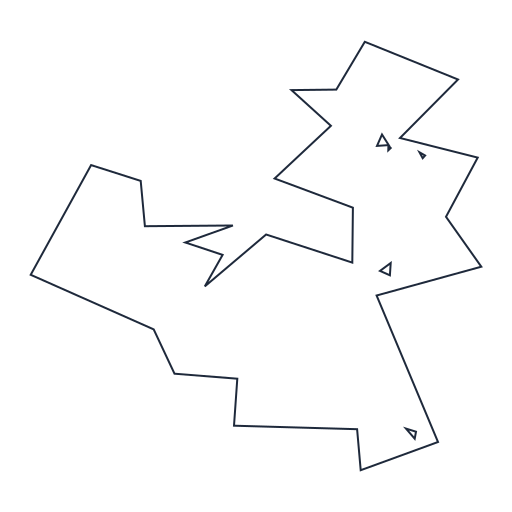 the border of Oromiya, rotated 90°
{"feature_id": "ETH-3131", "entity_name": "Oromiya", "entity_type": "Administrative State", "adm_level": 1, "iso_a3": "ETH", "parent_name": "Ethiopia", "parent_adm1": "", "projection": "equal_earth", "projection_center": [38.367, 6.948], "detail": "coarse", "context": "isolated", "style": "outline", "palette": "slate", "viewbox_px": 512, "rotation_deg": 90, "n_neighbors": 0, "source": "natural_earth", "source_scale": "10m", "svg_char_len": 754}
<svg xmlns="http://www.w3.org/2000/svg" viewBox="0 0 512 512"><g transform="rotate(90 256 256)"><path d="M41.8,147.2L79.5,54.0L138.0,112.0L157.6,34.3L216.8,66.0L266.7,30.7L295.5,135.4L442.0,74.0L470.2,151.3L429.2,154.9L425.7,278.0L378.7,274.7L373.7,337.5L329.4,358.3L274.8,481.3L165.1,420.9L180.9,371.3L226.2,367.1L225.5,279.1L242.5,326.7L254.9,289.4L286.4,307.2L234.5,245.9L262.6,159.7L207.7,159.1L178.5,237.4L125.8,181.1L90.1,220.5L89.6,175.7L41.8,147.2ZM275.3,122.1L263.0,121.3L270.9,132.0L275.3,122.1ZM145.1,123.3L134.5,130.0L145.9,135.0L145.1,123.3ZM428.6,106.0L438.7,97.3L431.7,96.0L428.6,106.0ZM152.3,92.5L158.2,89.3L155.5,86.9L152.3,92.5ZM145.5,123.6L150.3,123.7L148.0,121.3L145.5,123.6Z" fill="none" stroke="#1e293b" stroke-width="2"/></g></svg>